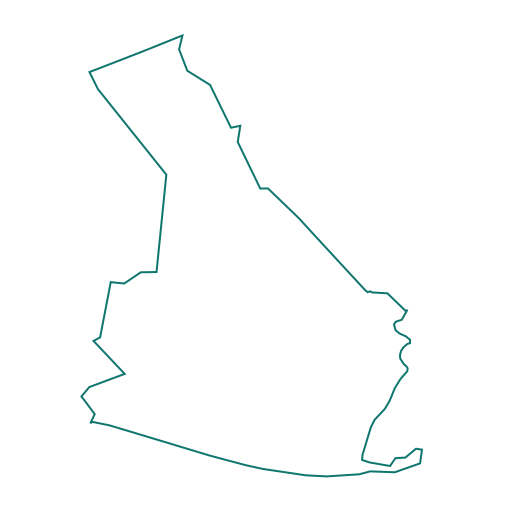 Monmouth, New Jersey, United States of America (Mercator projection), rotated 93°
{"feature_id": "52423323B66186032617491", "entity_name": "Monmouth", "entity_type": "district", "adm_level": 2, "iso_a3": "USA", "parent_name": "United States of America", "parent_adm1": "New Jersey", "projection": "mercator", "projection_center": [-74.184, 40.279], "detail": "fine", "context": "isolated", "style": "outline", "palette": "teal", "viewbox_px": 512, "rotation_deg": 93, "n_neighbors": 0, "source": "geoboundaries", "source_scale": "gbopen_adm2", "svg_char_len": 1120}
<svg xmlns="http://www.w3.org/2000/svg" viewBox="0 0 512 512"><g transform="rotate(93 256 256)"><path d="M57.6,379.8L81.0,431.9L97.6,422.6L179.5,349.8L277.2,354.5L278.3,370.2L290.4,386.2L289.7,399.7L345.4,407.4L349.3,413.8L380.6,381.0L395.6,415.6L405.4,423.0L409.8,419.2L422.4,408.8L431.7,412.6L430.2,410.8L432.8,393.4L451.3,317.9L453.1,310.6L457.6,292.3L465.4,255.5L468.3,237.9L470.2,217.8L472.4,195.0L472.4,174.0L468.6,141.5L465.1,130.7L464.7,106.1L454.5,81.3L440.7,80.1L440.1,86.1L449.5,96.3L450.6,106.2L458.7,111.1L456.2,131.8L454.1,139.4L448.8,139.2L420.9,132.3L413.4,129.0L401.9,119.3L393.9,115.1L380.3,110.3L371.0,105.1L363.2,98.9L360.3,98.7L358.7,99.7L356.0,102.9L350.9,106.6L347.4,107.0L343.2,106.2L339.3,103.8L335.9,100.3L335.0,97.7L331.6,97.8L328.3,102.3L326.0,108.4L322.7,112.8L317.1,114.6L314.4,113.1L312.0,107.1L301.8,102.0L303.2,103.5L286.4,122.8L286.3,138.3L285.3,140.0L286.3,142.6L284.2,145.4L257.4,172.9L232.9,198.0L215.9,215.3L187.9,247.6L188.4,255.3L143.1,280.2L126.8,278.5L129.2,287.7L87.6,310.8L74.6,334.3L53.7,343.6L39.6,341.0L57.6,379.8Z" fill="none" stroke="#0f766e" stroke-width="2"/></g></svg>